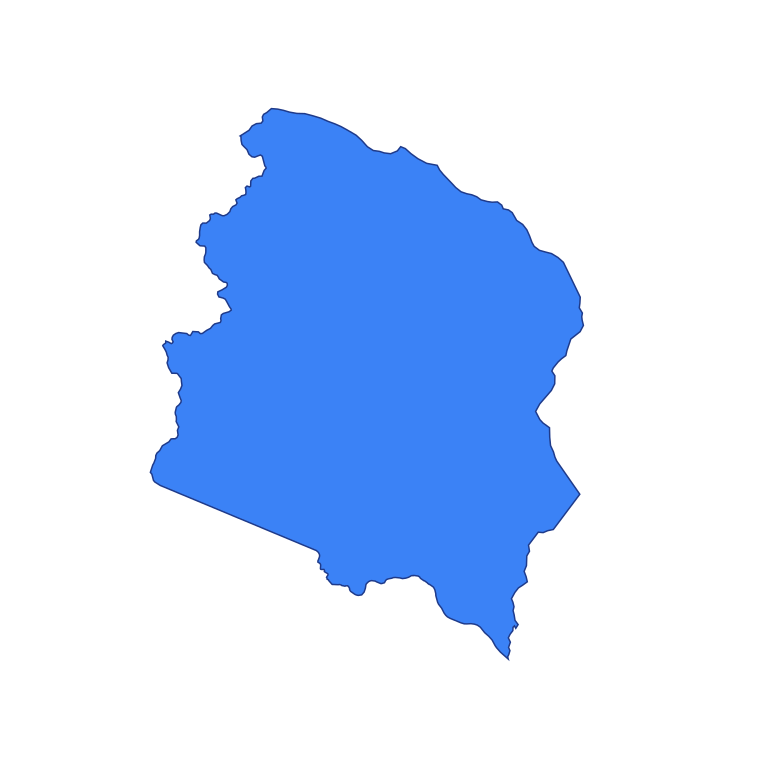 Wapenamanda District, Enga, Papua New Guinea (Robinson projection), rotated 126°
{"feature_id": "67681753B41439794831053", "entity_name": "Wapenamanda District", "entity_type": "district", "adm_level": 2, "iso_a3": "PNG", "parent_name": "Papua New Guinea", "parent_adm1": "Enga", "projection": "robinson", "projection_center": [143.904, -5.661], "detail": "fine", "context": "isolated", "style": "filled", "palette": "blue", "viewbox_px": 768, "rotation_deg": 126, "n_neighbors": 0, "source": "geoboundaries", "source_scale": "gbopen_adm2", "svg_char_len": 5211}
<svg xmlns="http://www.w3.org/2000/svg" viewBox="0 0 768 768"><g transform="rotate(126 384 384)"><path d="M267.9,646.2L267.8,645.3L271.0,642.7L273.7,639.7L274.2,637.1L274.9,632.6L277.5,628.3L277.8,624.4L276.5,621.9L273.3,619.9L271.3,618.5L271.3,616.3L277.6,608.6L278.0,607.0L278.7,606.2L281.7,606.5L287.6,604.9L289.5,607.4L293.5,609.6L294.7,611.0L295.3,611.0L298.0,611.1L302.4,608.2L303.5,608.5L304.4,611.2L306.6,611.6L308.3,609.8L310.2,608.2L312.0,607.3L313.5,608.2L315.4,609.8L317.6,610.2L320.4,611.7L322.1,612.1L323.0,610.8L324.0,609.2L326.0,609.0L329.4,610.7L332.3,610.9L335.2,610.0L338.9,610.6L341.9,612.3L342.9,613.8L344.1,619.8L345.0,621.2L346.9,621.8L348.2,623.7L349.7,624.3L351.1,622.8L352.4,621.6L354.3,621.2L358.3,622.3L360.3,625.2L362.8,625.7L365.3,624.7L369.2,622.7L372.2,620.5L374.4,619.4L375.9,619.1L378.5,619.9L379.8,619.3L380.2,615.7L380.3,614.1L377.8,610.1L378.5,608.2L382.0,605.7L383.8,604.8L386.7,604.1L389.4,602.4L391.2,600.7L391.9,596.5L392.9,593.7L393.1,591.5L394.1,589.8L395.3,587.8L394.9,585.2L394.1,582.9L394.9,580.8L395.8,579.1L395.8,573.8L394.6,571.4L394.7,570.1L396.1,568.8L398.2,568.4L403.1,570.4L407.1,572.6L409.1,571.5L410.6,568.7L409.0,564.6L408.7,562.2L409.7,559.9L412.3,554.5L413.2,551.9L414.0,551.0L416.6,551.8L421.4,555.5L423.7,556.2L427.2,554.5L428.5,553.1L430.4,552.6L434.9,556.3L437.2,556.9L441.0,557.1L444.8,559.0L449.9,560.7L451.2,562.2L450.9,564.8L453.9,569.5L458.5,569.1L459.3,570.8L459.1,573.2L463.1,580.4L465.5,582.1L468.3,583.1L470.7,582.8L472.5,581.8L473.8,579.4L475.4,579.3L476.4,579.9L476.7,582.8L477.6,585.8L479.2,584.7L481.8,585.6L483.1,585.5L484.8,581.5L486.2,578.8L488.1,576.5L489.3,574.3L491.5,572.9L494.4,571.9L497.4,567.8L500.0,562.0L497.1,557.8L497.1,556.8L498.8,551.3L501.0,549.4L503.9,546.6L507.8,545.6L511.9,545.3L514.9,541.0L516.6,538.3L518.3,537.5L521.4,537.6L524.2,538.3L525.0,538.2L529.6,536.3L531.0,535.1L532.3,533.0L534.7,531.1L536.5,530.1L539.3,524.8L542.9,523.9L546.3,520.6L548.8,520.0L551.1,520.8L552.4,522.6L553.6,524.0L557.2,524.0L564.2,527.0L569.7,526.3L573.4,527.1L576.0,526.6L578.5,525.0L583.4,523.7L585.4,523.5L592.8,521.1L593.4,518.8L597.5,513.8L598.0,511.8L597.6,505.4L578.4,424.5L558.8,342.0L558.5,340.9L558.6,340.2L558.6,339.8L558.7,338.9L558.8,338.1L559.1,337.5L559.4,336.8L559.9,336.0L560.7,335.2L561.8,334.6L565.3,333.6L566.0,333.5L567.0,332.7L566.9,331.9L566.8,330.4L567.2,329.4L568.0,328.6L569.8,327.5L570.5,327.1L571.1,326.4L570.9,325.7L569.3,323.6L569.8,322.5L570.8,322.0L570.8,320.9L570.6,319.1L570.6,317.8L571.3,317.1L572.0,317.0L573.3,317.0L574.3,316.8L574.6,315.9L575.4,315.2L575.0,314.0L575.4,313.4L575.6,312.8L576.6,308.3L576.6,308.1L575.8,306.9L573.3,303.1L572.4,302.2L571.8,300.6L571.8,299.3L571.2,298.6L570.9,297.4L570.1,296.4L569.8,296.4L568.6,294.8L568.9,293.2L569.5,291.9L570.6,290.9L571.1,289.9L571.4,289.0L571.3,284.1L571.0,282.5L570.2,280.6L567.7,278.1L564.0,277.8L560.2,279.0L556.9,280.7L555.7,280.8L552.9,280.3L551.2,279.3L550.3,278.4L548.6,275.2L548.5,273.9L547.3,269.1L546.5,268.3L544.5,266.8L542.0,267.2L540.5,266.9L538.8,265.7L536.5,263.5L535.3,262.8L533.9,261.2L531.5,257.1L530.6,254.7L528.2,252.2L525.9,250.5L524.6,249.9L523.0,249.2L522.1,248.2L522.1,247.9L521.8,247.6L521.6,247.6L521.3,247.3L519.3,243.5L519.2,241.8L519.8,240.2L519.7,236.0L519.4,235.7L519.4,231.9L519.6,231.5L519.6,229.6L519.3,229.3L519.3,224.5L520.6,221.9L523.2,218.9L524.8,217.6L529.0,212.4L530.1,210.4L531.5,205.6L534.0,200.7L534.8,198.1L535.1,195.8L534.7,192.6L532.0,181.4L530.9,178.2L529.4,176.0L526.8,172.8L525.1,169.6L524.2,166.7L524.1,163.2L526.0,156.4L526.5,150.9L527.6,146.0L530.4,140.2L531.2,137.9L532.5,132.1L533.5,121.8L532.0,123.6L529.6,124.0L525.7,125.4L523.9,128.4L518.6,130.0L516.3,134.2L512.4,134.9L507.8,134.8L505.0,136.6L503.0,136.3L504.2,133.8L499.8,134.1L498.2,139.1L494.3,143.0L491.4,146.4L487.8,147.9L484.8,151.4L482.8,154.7L475.7,155.6L469.9,155.4L465.3,153.6L459.8,151.8L456.4,155.7L453.2,160.5L447.2,162.0L443.2,164.7L439.2,167.4L433.8,168.0L429.4,172.4L413.2,172.1L410.7,167.9L406.4,165.3L402.2,161.5L358.1,160.8L344.8,199.0L342.7,202.7L339.3,207.0L335.9,213.1L329.7,218.6L322.1,224.4L322.1,232.4L321.2,237.0L317.1,245.2L308.5,246.3L290.9,244.8L283.5,246.0L276.9,250.6L274.9,255.8L271.5,256.5L267.4,256.3L263.9,256.1L259.2,255.2L254.1,253.6L249.6,255.6L246.7,256.5L237.8,259.3L226.4,256.1L219.4,257.1L215.8,261.3L213.3,263.6L210.0,265.2L207.6,270.8L203.5,273.0L198.4,276.3L180.1,310.4L179.4,317.6L180.0,325.1L182.3,330.9L184.5,336.8L184.4,343.4L182.5,347.5L178.5,353.5L175.3,359.1L173.4,365.6L173.7,372.8L172.5,375.4L170.0,381.0L170.0,385.6L172.2,390.5L170.1,393.9L170.0,399.2L173.4,403.4L175.6,407.6L178.0,413.8L178.0,419.0L179.3,424.2L181.4,428.8L183.2,434.6L182.9,441.5L181.8,447.1L180.7,453.2L179.6,459.3L178.2,464.7L175.8,469.5L180.4,479.2L181.8,488.9L181.8,497.7L181.0,505.1L182.2,510.0L187.6,510.2L193.8,514.0L196.9,519.6L198.5,524.5L201.4,529.9L201.8,536.9L200.0,545.2L199.1,552.8L200.2,563.8L201.0,570.1L202.4,576.6L204.4,583.6L206.1,591.4L208.9,599.4L211.9,607.1L216.3,613.5L219.6,620.3L221.7,626.2L224.1,631.6L227.4,637.0L233.3,638.4L236.6,639.9L239.5,639.4L242.4,636.6L245.2,636.7L248.4,640.3L252.8,642.4L258.0,642.3L267.9,646.2Z" fill="#3b82f6" stroke="#1e3a8a" stroke-width="1.5"/></g></svg>